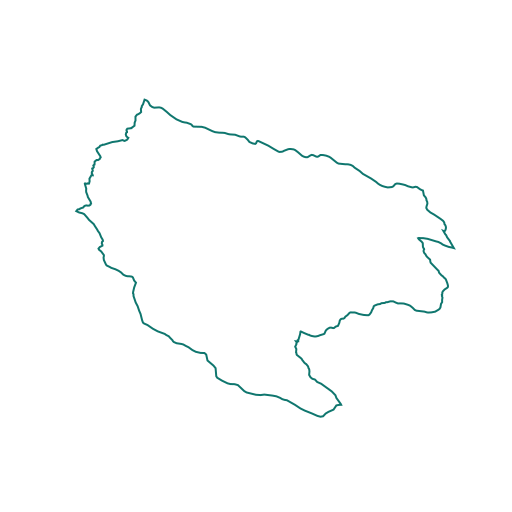 outline of Soatá, Boyacá, Colombia, rotated 294°
{"feature_id": "7082276B16806691942886", "entity_name": "Soatá", "entity_type": "district", "adm_level": 2, "iso_a3": "COL", "parent_name": "Colombia", "parent_adm1": "Boyacá", "projection": "equal_earth", "projection_center": [-72.688, 6.322], "detail": "fine", "context": "isolated", "style": "outline", "palette": "teal", "viewbox_px": 512, "rotation_deg": 294, "n_neighbors": 0, "source": "geoboundaries", "source_scale": "gbopen_adm2", "svg_char_len": 6049}
<svg xmlns="http://www.w3.org/2000/svg" viewBox="0 0 512 512"><g transform="rotate(294 256 256)"><path d="M353.5,90.6L348.6,91.1L346.4,90.7L345.6,91.1L344.4,91.0L343.4,91.1L340.8,92.5L339.0,91.7L337.6,90.7L336.7,89.8L334.3,89.2L330.8,90.8L328.5,90.9L325.6,92.0L323.1,90.6L322.5,90.1L322.1,90.2L320.0,86.7L318.9,86.4L318.2,86.5L317.3,87.5L316.6,87.8L316.0,87.3L314.1,87.6L312.7,88.8L312.1,90.4L312.0,91.3L310.4,91.1L309.6,90.8L307.7,89.2L307.6,88.7L307.6,86.9L304.6,83.1L301.6,78.3L295.7,71.7L295.3,70.6L294.8,70.4L293.4,68.8L291.8,68.6L291.0,67.9L288.8,66.6L287.1,68.1L283.8,73.2L282.9,74.0L281.8,73.7L281.1,73.8L279.4,72.7L278.9,71.4L278.6,71.2L276.6,70.2L273.8,71.3L273.0,70.7L272.4,70.6L271.8,71.3L271.1,71.7L269.9,71.4L269.3,70.8L267.5,72.2L266.7,72.2L266.1,71.9L264.9,72.2L263.8,73.6L263.3,74.0L262.8,72.8L258.9,72.4L256.6,73.6L254.2,74.0L254.0,73.7L253.8,72.6L253.5,72.5L253.1,71.9L252.8,70.3L252.4,70.2L248.5,73.5L246.6,74.2L245.3,74.9L242.6,77.6L241.5,78.4L238.4,82.8L236.8,84.0L236.4,83.7L235.5,83.9L234.3,83.2L233.6,81.9L233.2,80.4L232.3,79.3L231.6,78.8L230.0,78.4L227.9,76.1L227.0,75.7L225.9,74.1L223.9,73.6L223.8,76.7L224.4,79.9L224.4,81.8L224.2,82.4L222.2,86.7L221.1,88.7L219.1,94.9L218.1,96.2L215.4,100.4L214.8,101.0L213.2,103.8L210.2,106.9L208.6,109.2L207.5,110.1L206.1,109.6L204.6,110.1L203.7,111.2L203.0,111.5L200.7,109.7L198.7,109.1L197.9,110.0L197.2,112.7L195.0,116.6L194.3,117.0L192.5,117.4L190.4,118.7L187.1,122.5L186.6,123.5L186.5,126.7L186.3,128.6L186.7,133.0L186.6,136.5L186.1,139.4L185.0,142.3L184.9,143.5L184.9,145.1L185.2,146.7L186.0,148.7L186.6,150.7L186.6,151.6L186.2,152.4L184.0,154.7L182.8,157.2L177.7,157.5L173.1,158.4L171.9,158.8L171.3,159.6L169.6,160.4L164.6,165.0L162.0,168.3L158.5,171.5L156.1,174.1L151.1,178.0L149.2,179.8L148.8,181.2L148.8,185.0L147.6,191.4L147.2,196.9L147.7,204.3L147.3,206.2L147.2,208.9L146.4,210.6L145.1,213.9L144.4,214.8L144.0,215.9L144.0,218.9L145.3,223.6L145.6,225.6L145.3,228.5L145.2,231.5L144.2,236.1L144.0,240.0L144.9,244.7L146.4,248.4L145.7,250.6L140.8,254.2L138.6,261.7L137.1,264.7L130.0,268.6L129.0,270.1L128.3,275.7L128.1,281.8L128.6,284.7L130.2,288.6L130.7,292.0L127.8,300.2L127.5,302.9L129.2,312.4L130.8,316.7L132.8,320.0L135.2,327.9L136.1,331.7L136.2,335.8L135.9,338.1L136.2,340.7L136.8,342.9L135.9,352.1L134.8,358.6L134.6,363.4L134.9,371.1L134.9,377.1L135.4,380.3L136.9,382.5L140.4,383.7L143.1,385.6L147.2,389.3L152.2,390.2L153.7,392.3L154.7,394.3L155.3,393.6L159.0,387.2L161.1,385.2L163.1,380.3L165.8,367.5L165.8,363.1L167.0,360.4L167.1,359.8L166.8,358.0L166.8,357.1L167.4,355.1L169.0,352.9L172.2,351.8L173.8,350.9L174.5,350.3L175.0,349.5L176.3,348.5L177.7,345.8L177.7,345.1L178.3,343.3L179.2,341.8L179.5,341.0L180.5,339.7L181.0,338.4L182.2,333.7L182.5,333.2L184.0,332.2L184.2,331.8L187.4,330.7L189.1,328.7L191.8,328.8L192.3,328.5L193.5,328.5L194.3,327.2L194.8,328.7L195.2,329.3L195.6,329.1L195.7,328.5L196.0,328.3L196.9,328.8L202.5,328.1L205.0,327.4L205.3,327.6L205.2,331.3L205.3,336.0L205.6,336.5L205.4,337.7L205.6,339.4L206.2,341.9L206.9,343.5L208.3,345.4L209.5,346.5L212.0,349.4L212.8,350.1L216.1,350.1L216.9,350.3L218.5,351.0L220.4,352.4L221.1,353.6L221.5,355.7L221.9,356.5L224.0,357.6L225.5,359.3L228.8,359.3L231.1,358.8L232.3,359.0L233.0,359.3L233.8,360.2L234.3,361.3L235.2,362.0L236.9,362.3L239.2,363.6L242.2,364.6L242.9,365.3L244.5,369.0L244.8,370.5L244.9,373.5L245.9,378.2L247.1,381.6L247.7,382.9L248.7,383.5L251.3,384.1L253.7,384.0L256.0,384.3L257.9,384.0L258.8,384.4L261.3,386.8L262.6,388.9L263.9,389.8L265.5,392.7L266.7,393.6L267.3,394.9L269.2,397.1L270.4,399.9L270.3,402.5L270.4,405.0L271.5,407.3L272.7,410.4L273.2,414.5L273.3,416.6L273.1,417.7L272.4,420.2L271.3,423.0L271.3,424.8L273.7,432.5L274.0,435.1L274.4,436.4L275.8,439.1L278.0,442.3L281.2,444.6L282.4,445.2L284.0,445.4L287.5,444.5L289.6,444.8L291.5,443.9L293.8,443.3L295.0,442.2L295.5,442.2L296.1,441.5L297.2,441.6L298.6,441.0L299.8,441.1L302.1,441.9L304.9,443.7L305.9,443.9L307.2,443.3L309.1,441.7L311.9,438.9L312.4,437.8L312.8,436.3L313.4,435.2L313.8,433.3L314.7,431.2L315.2,430.1L316.8,428.7L317.0,427.9L320.9,418.3L321.7,417.6L323.5,416.5L324.6,413.1L325.3,411.6L326.5,410.1L327.1,408.6L328.3,407.3L329.5,406.8L330.5,406.9L331.0,406.5L331.4,405.7L332.2,404.8L335.6,403.1L336.4,401.6L337.5,398.0L338.2,396.9L338.7,397.4L339.2,398.9L340.3,401.4L341.5,405.9L342.6,414.7L343.0,416.9L342.8,420.3L342.4,421.7L342.4,424.3L342.7,428.4L343.4,431.5L343.7,433.5L348.2,427.3L348.5,427.2L350.8,423.0L352.4,421.2L352.9,420.0L355.1,417.0L355.1,418.2L357.1,418.5L359.0,418.1L360.3,417.3L361.3,416.2L361.7,415.3L363.2,414.3L364.2,412.7L365.0,409.3L366.3,401.7L366.7,397.6L367.9,393.6L369.2,392.0L370.7,391.6L373.5,391.3L375.1,390.4L376.3,389.0L377.3,388.5L378.5,387.2L379.7,384.7L383.7,381.9L383.6,380.7L383.7,378.7L384.5,375.1L384.1,373.5L382.7,371.8L382.2,370.8L381.5,366.5L381.5,363.5L381.1,361.1L380.3,357.4L379.5,355.2L378.4,354.0L375.6,353.1L374.8,352.6L374.1,351.8L372.9,349.7L372.2,348.4L371.6,345.3L371.3,342.8L371.4,340.1L371.8,337.9L372.5,335.7L373.6,329.6L374.5,320.2L375.8,316.2L376.8,310.2L377.6,307.9L377.7,306.4L377.7,305.2L377.2,302.8L376.1,300.2L374.0,293.8L374.1,292.0L376.2,284.1L376.4,282.3L376.2,279.3L375.5,276.2L374.5,273.8L372.8,272.8L372.0,272.2L371.5,271.5L371.3,270.3L371.4,267.3L371.0,265.7L369.9,264.7L367.5,263.1L367.0,262.5L366.4,260.9L366.2,259.1L366.3,257.3L367.9,252.1L368.7,248.7L368.7,247.0L367.8,244.0L367.4,243.1L366.6,241.9L363.6,238.9L362.3,237.9L361.7,237.1L360.6,235.1L360.5,234.0L361.0,228.7L361.8,222.3L362.0,211.5L361.8,210.8L361.1,210.2L359.0,210.2L358.1,209.7L357.5,207.2L357.5,203.6L358.8,201.2L359.7,198.8L360.1,197.4L360.0,196.2L358.9,193.7L358.6,192.4L358.3,187.6L356.5,182.7L356.1,181.0L355.7,177.4L354.9,175.1L353.7,172.2L352.5,168.2L352.3,165.3L352.5,157.3L351.9,153.8L348.8,146.3L348.9,145.2L349.6,144.0L349.9,142.8L349.6,138.5L349.0,136.5L348.5,134.1L348.5,127.7L349.9,120.3L351.3,116.0L352.7,110.8L352.8,109.0L352.4,107.1L350.1,102.7L349.9,100.6L350.5,97.9L352.7,95.3L353.3,94.1L353.6,93.0L353.5,90.6Z" fill="none" stroke="#0f766e" stroke-width="2"/></g></svg>